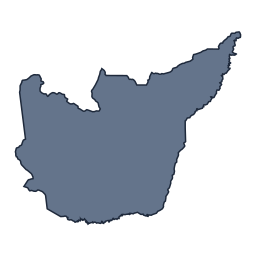 Santa Clara, Pastaza, Ecuador (Mercator projection)
{"feature_id": "8360857B98127475553098", "entity_name": "Santa Clara", "entity_type": "district", "adm_level": 2, "iso_a3": "ECU", "parent_name": "Ecuador", "parent_adm1": "Pastaza", "projection": "mercator", "projection_center": [-77.834, -1.262], "detail": "fine", "context": "isolated", "style": "filled", "palette": "slate", "viewbox_px": 256, "rotation_deg": 0, "n_neighbors": 0, "source": "geoboundaries", "source_scale": "gbopen_adm2", "svg_char_len": 5689}
<svg xmlns="http://www.w3.org/2000/svg" viewBox="0 0 256 256"><path d="M239.5,37.5L240.3,37.4L240.5,36.9L240.6,34.7L239.7,32.5L239.1,31.9L236.0,32.3L234.8,33.3L231.8,33.2L231.1,33.8L230.1,36.2L229.5,36.5L228.1,36.7L226.7,38.7L225.0,39.9L223.1,41.7L222.8,42.9L222.4,43.1L221.1,43.1L220.4,43.4L219.8,44.1L218.5,46.5L219.0,48.4L218.6,49.1L207.4,49.0L205.6,50.2L203.0,50.9L200.9,52.3L196.1,54.0L193.6,54.6L192.6,57.5L192.9,59.1L191.6,60.2L190.1,61.2L185.5,62.4L184.4,63.2L182.5,63.4L179.9,64.6L178.0,65.9L176.7,67.3L173.2,68.3L172.6,69.0L172.1,70.5L170.6,71.8L169.4,72.3L163.5,73.9L161.8,73.6L161.0,74.1L160.2,74.2L159.4,74.2L157.7,73.4L156.5,73.5L155.9,73.1L154.4,73.6L153.6,73.6L152.8,73.3L151.9,72.5L151.7,72.5L149.7,76.6L149.6,78.6L148.9,79.8L147.8,80.2L148.1,80.9L147.8,82.7L147.0,83.9L146.5,85.0L136.8,85.0L135.0,81.3L133.6,79.8L132.6,79.3L131.6,79.5L130.7,79.2L129.8,79.4L129.3,79.2L128.7,78.6L128.4,77.4L126.8,75.6L106.1,75.5L105.9,75.1L105.1,74.5L105.2,72.4L104.7,71.3L104.1,70.4L101.8,68.6L101.2,70.1L100.3,71.3L99.7,74.4L98.5,77.7L98.1,79.5L95.4,84.9L92.8,89.2L91.8,90.3L91.5,91.3L92.1,93.2L91.9,96.5L92.2,97.3L92.6,98.0L94.9,99.7L95.4,100.7L95.9,101.2L97.3,102.1L98.1,102.9L99.0,106.8L100.3,108.9L99.2,110.9L98.5,111.1L96.3,110.9L94.5,111.6L92.6,111.7L87.6,109.9L86.7,109.7L84.9,111.0L84.3,111.2L83.5,111.2L82.4,110.6L79.8,108.9L78.4,108.4L78.1,108.1L78.0,106.3L73.8,103.5L73.4,103.4L72.2,103.9L70.4,103.9L69.3,103.4L66.8,101.5L66.7,101.1L67.6,99.4L67.6,99.0L65.1,97.5L64.6,96.2L64.4,94.6L63.8,94.4L62.5,94.3L60.2,93.0L59.3,92.7L58.7,92.8L57.7,93.8L56.8,94.2L54.6,92.9L52.9,92.6L51.5,93.1L49.3,94.6L48.4,95.9L47.7,96.3L47.1,95.7L46.4,94.2L45.8,93.9L43.9,93.9L42.0,93.0L41.2,92.4L40.1,91.1L40.0,88.8L40.3,87.4L40.8,86.4L40.9,84.6L42.7,84.1L43.6,83.4L43.7,82.8L43.1,81.7L41.1,81.1L40.9,80.8L41.2,78.9L39.4,75.3L39.0,75.0L37.7,74.8L36.2,74.9L34.9,74.7L33.7,74.8L30.9,76.1L29.3,77.7L27.0,79.5L25.4,79.9L22.5,80.3L22.0,81.0L21.8,82.3L20.1,85.8L20.1,90.1L19.6,92.2L25.5,139.1L23.6,140.0L23.2,140.4L22.2,143.0L21.7,144.7L21.3,145.2L19.6,146.0L18.7,147.3L16.7,147.9L16.3,148.3L15.4,151.8L15.8,153.6L15.8,155.3L16.3,156.7L17.0,156.8L18.0,159.1L19.6,159.9L20.2,160.7L20.6,161.4L20.9,163.4L21.5,164.7L26.1,169.6L27.4,170.3L31.3,173.6L31.9,174.5L33.0,177.0L33.0,178.7L31.0,179.0L29.9,179.5L28.9,179.6L28.0,180.2L23.9,186.5L27.5,187.7L28.3,188.6L28.6,189.6L29.9,190.9L30.9,190.5L31.9,190.5L33.9,191.2L35.7,191.3L36.7,190.9L37.5,190.1L38.0,190.0L39.0,190.2L42.5,191.7L45.1,194.4L45.6,195.6L47.2,208.8L60.7,216.6L63.9,216.4L64.6,216.1L66.1,216.2L66.9,217.2L67.8,217.4L67.9,217.8L67.4,218.7L67.9,219.5L69.4,220.0L71.2,219.7L73.1,220.9L74.5,221.4L75.0,222.2L75.9,222.0L77.3,221.0L77.5,221.7L77.7,221.8L78.1,221.7L78.4,221.4L78.9,220.1L80.2,220.8L80.5,220.2L80.5,219.0L80.9,219.7L81.4,219.2L82.0,219.9L82.7,220.3L82.9,220.2L82.9,219.6L84.0,220.0L84.5,218.9L86.3,220.8L85.6,221.5L85.7,221.9L86.4,222.0L86.5,222.5L86.8,222.7L87.1,222.2L87.4,222.1L88.0,224.1L88.3,223.9L88.6,223.0L89.5,223.3L90.9,222.6L92.2,222.6L92.5,222.1L93.1,222.9L94.0,222.1L95.6,222.3L96.5,223.1L97.9,222.8L100.3,223.4L101.1,223.1L101.4,222.7L101.7,221.4L102.2,221.5L102.9,223.2L103.7,223.4L104.2,222.3L105.4,222.0L105.5,221.3L107.6,220.6L109.1,220.5L108.8,221.8L109.0,222.0L110.8,220.1L111.5,220.5L111.8,220.4L113.0,218.4L113.5,218.4L113.8,219.4L114.0,219.5L116.1,218.7L117.0,219.3L117.8,218.5L119.1,218.5L118.9,217.4L119.0,216.9L119.9,216.6L120.2,215.8L120.5,215.5L121.5,215.8L122.3,215.7L122.5,215.5L121.8,214.5L122.0,214.4L123.6,214.4L125.0,214.7L126.2,214.3L127.7,214.2L128.0,214.0L129.6,214.5L129.9,214.3L129.4,213.5L129.7,213.3L133.4,213.8L134.2,213.1L135.1,213.0L137.5,212.3L140.7,214.3L142.2,214.4L143.0,214.1L143.6,215.1L145.8,215.9L146.1,216.0L147.2,214.5L147.5,214.6L147.6,216.3L148.0,216.4L148.9,215.0L151.4,215.2L152.6,214.5L156.4,213.2L157.9,211.2L159.7,210.5L162.2,208.9L163.0,207.8L163.5,206.7L163.4,205.1L164.0,202.7L164.3,202.0L165.4,201.1L165.9,197.8L165.8,196.6L167.7,193.7L168.6,192.0L168.6,191.5L167.7,189.9L168.0,189.2L169.1,188.1L169.5,187.4L170.8,183.1L170.6,181.8L170.9,180.8L172.3,178.7L172.5,177.6L172.3,175.3L173.9,174.2L174.5,171.2L174.1,169.1L174.5,166.6L175.3,163.3L176.7,162.1L176.7,159.3L178.1,156.2L178.5,155.0L178.3,152.7L180.6,150.2L182.0,149.3L183.9,147.3L184.8,146.0L183.8,143.4L184.1,142.6L184.9,142.3L185.6,141.6L185.2,127.7L185.2,120.9L185.8,120.6L187.3,118.0L189.8,117.7L190.6,116.2L191.7,115.3L193.6,114.5L195.1,112.5L195.1,111.6L196.1,110.9L197.0,110.6L196.6,109.5L196.7,108.9L197.1,108.7L198.3,109.5L202.4,108.2L203.0,106.9L203.8,106.7L203.5,105.3L203.8,104.9L204.2,104.8L205.3,104.9L207.2,104.2L208.7,101.7L210.4,101.4L210.7,100.3L212.0,98.2L211.7,97.7L211.0,97.3L210.8,96.9L211.6,96.8L213.1,97.7L214.0,97.4L215.4,94.7L216.5,93.3L216.4,91.8L216.9,90.1L217.5,90.0L218.6,90.2L219.2,90.0L219.5,89.2L220.1,88.3L219.8,86.5L220.9,85.5L221.6,84.3L221.1,83.7L219.9,83.0L219.8,82.8L221.6,81.9L221.9,81.4L222.0,80.2L222.9,79.0L222.6,76.3L221.7,76.0L221.5,75.6L222.6,75.5L222.4,74.4L222.7,73.8L224.0,74.4L225.3,73.2L226.3,73.1L228.0,70.6L229.8,68.9L230.0,68.3L228.3,67.9L228.1,67.6L228.5,66.2L229.5,65.5L229.4,65.3L228.6,65.2L229.4,64.4L229.4,64.0L228.7,63.9L228.7,63.7L230.5,63.2L230.6,62.9L230.1,62.4L229.2,62.0L229.0,61.7L229.6,60.0L229.0,59.1L229.1,58.7L229.9,58.3L229.3,56.6L229.5,54.6L229.7,54.4L230.0,54.5L231.0,55.2L232.2,55.0L234.6,55.1L235.5,54.7L236.3,54.0L236.1,53.8L234.1,53.3L232.5,52.3L232.4,51.9L232.5,51.3L233.6,49.3L233.6,48.8L233.1,48.0L233.1,46.7L233.5,46.3L234.9,45.8L235.2,45.1L234.6,43.2L234.7,42.0L234.0,40.6L234.5,40.2L235.4,40.7L236.1,40.6L236.1,38.6L236.4,38.0L236.8,37.9L237.8,38.3L238.4,38.2L239.5,37.5Z" fill="#64748b" stroke="#1e293b" stroke-width="1.5"/></svg>